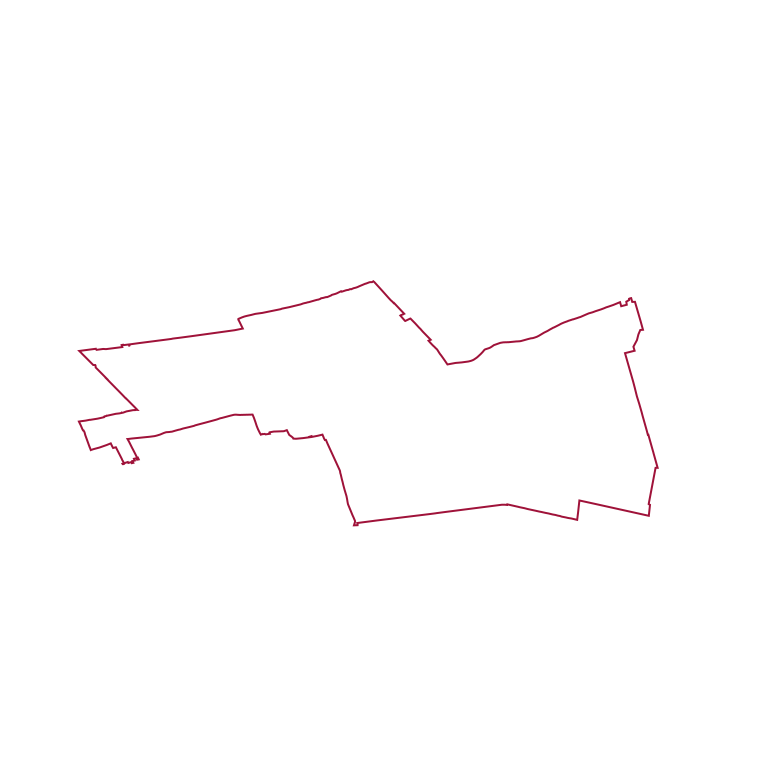 the district of Leidschendam-Voorburg, Zuid-Holland, Netherlands, rotated 22°
{"feature_id": "6326949B15428140131776", "entity_name": "Leidschendam-Voorburg", "entity_type": "district", "adm_level": 2, "iso_a3": "NLD", "parent_name": "Netherlands", "parent_adm1": "Zuid-Holland", "projection": "robinson", "projection_center": [4.405, 52.093], "detail": "fine", "context": "isolated", "style": "outline", "palette": "rose", "viewbox_px": 768, "rotation_deg": 22, "n_neighbors": 0, "source": "geoboundaries", "source_scale": "gbopen_adm2", "svg_char_len": 5861}
<svg xmlns="http://www.w3.org/2000/svg" viewBox="0 0 768 768"><g transform="rotate(22 384 384)"><path d="M409.1,526.3L412.4,524.8L412.1,524.0L411.3,522.9L428.7,513.1L475.4,487.3L480.2,484.6L481.0,484.1L489.3,479.4L538.5,451.8L541.8,450.5L543.5,450.0L543.4,449.4L554.5,447.6L556.0,447.4L560.9,446.5L564.1,446.1L572.1,444.7L575.8,444.1L577.8,443.7L582.0,443.0L585.1,442.4L589.2,441.8L592.0,441.2L594.6,440.9L596.5,440.5L598.5,440.4L602.6,439.6L604.6,439.3L606.0,439.0L608.1,438.5L614.0,437.6L612.1,430.5L608.8,418.8L627.0,415.7L678.9,407.0L675.9,396.4L674.9,396.3L674.4,396.2L667.2,360.0L669.1,359.2L660.3,347.8L659.4,346.6L659.2,346.3L658.7,345.7L654.9,340.8L648.8,332.9L648.1,332.0L647.7,332.3L645.4,329.2L635.5,316.4L633.5,313.7L628.1,306.8L623.1,300.7L617.8,293.4L614.3,288.7L601.5,272.3L595.9,265.1L603.9,259.3L601.3,256.0L602.1,248.5L601.3,242.7L601.4,237.9L603.8,236.7L598.6,229.9L585.9,213.8L583.4,214.9L581.0,211.8L580.2,212.3L579.3,213.2L579.8,214.4L577.8,216.9L579.4,219.6L574.8,223.0L572.2,219.7L567.0,224.8L563.1,228.2L561.3,229.7L559.6,231.4L557.2,233.6L552.9,237.2L550.5,239.4L547.4,241.8L545.0,244.2L540.9,248.4L540.2,248.9L538.4,250.5L536.0,252.5L535.2,253.2L534.6,253.5L534.1,254.0L531.1,256.5L530.8,256.9L528.0,259.4L526.3,261.1L525.0,262.5L524.6,263.1L521.2,267.0L520.3,268.0L519.8,268.4L519.6,268.7L517.3,271.5L515.8,273.5L513.2,276.4L509.5,281.3L508.0,283.0L506.3,284.5L505.3,285.3L504.8,285.7L503.0,286.7L500.3,288.7L498.0,290.5L495.9,292.1L494.7,293.0L493.3,293.8L490.7,295.0L484.0,298.5L479.2,300.6L478.0,301.3L476.4,302.3L471.9,306.3L471.4,306.7L469.7,309.3L468.8,310.5L467.8,311.5L467.2,312.0L464.8,314.0L464.3,314.8L463.4,317.6L462.4,320.1L461.5,322.0L460.7,323.7L460.0,325.0L458.4,327.4L457.7,328.3L456.7,329.3L455.9,330.0L454.0,331.4L453.0,332.0L447.9,334.9L442.4,337.7L435.5,342.1L431.6,339.5L429.3,338.0L426.0,335.9L425.2,335.5L424.1,334.8L420.9,332.5L420.1,332.0L418.5,331.4L416.7,330.6L415.3,330.1L413.9,329.5L411.5,328.4L409.1,327.2L410.3,325.9L410.7,325.5L400.5,321.0L397.9,319.7L397.4,319.4L395.4,318.6L390.2,316.1L384.2,313.5L384.0,313.4L383.8,313.5L380.1,317.6L379.8,317.6L373.5,314.4L374.0,313.7L375.7,312.2L375.9,312.0L376.1,311.6L376.4,311.3L362.9,305.1L362.7,305.4L362.0,305.0L360.1,304.2L359.1,303.9L355.9,302.4L347.8,298.4L336.8,293.1L336.4,293.0L335.8,292.9L335.6,292.8L334.8,294.0L334.6,294.1L333.3,294.6L332.6,295.0L332.3,295.2L330.6,296.8L329.4,297.9L329.1,298.0L326.5,300.6L325.7,301.4L323.9,303.2L323.3,303.9L321.7,305.3L321.0,305.8L319.9,306.6L319.6,306.9L318.5,308.0L318.3,308.3L317.9,308.5L317.1,308.7L315.7,310.1L314.6,310.7L313.6,311.4L310.3,314.2L310.1,314.3L309.6,314.0L309.4,314.1L306.3,317.6L305.1,318.7L302.9,320.4L302.4,320.8L302.1,321.1L301.8,321.7L299.0,324.5L298.5,324.9L297.9,325.0L295.3,327.0L293.5,328.1L293.3,328.6L292.8,329.2L291.3,330.5L290.7,330.8L289.9,331.4L288.2,332.7L283.6,336.3L282.6,336.9L281.5,337.8L280.0,338.8L278.9,339.6L276.9,341.4L267.3,348.3L261.4,352.2L261.0,352.5L260.7,352.8L260.2,353.3L244.5,363.7L239.6,366.5L238.4,367.2L235.0,369.7L231.2,372.3L229.2,373.8L227.2,375.6L225.6,377.2L224.6,378.2L224.8,378.9L226.3,380.1L232.3,385.5L225.5,390.0L187.2,412.0L180.5,415.8L176.8,417.9L171.2,421.0L169.9,421.9L166.2,424.0L141.1,438.1L133.6,442.4L133.6,443.7L133.4,443.9L132.5,443.0L127.8,445.6L127.5,445.3L126.6,445.8L126.1,446.2L127.5,447.8L113.2,455.8L110.5,456.7L104.7,460.0L103.8,459.6L103.6,459.3L89.1,467.5L91.7,468.6L93.4,469.4L93.5,469.4L107.3,475.3L109.2,474.6L109.6,475.0L109.9,475.4L110.1,475.9L110.5,476.7L124.9,482.9L124.7,483.0L137.1,488.4L144.7,491.7L149.8,494.0L149.9,493.9L156.0,496.5L164.6,500.2L165.0,500.4L164.1,500.7L163.2,501.2L163.4,501.2L163.3,501.3L162.6,501.6L161.2,502.2L158.1,504.2L155.6,505.8L153.8,507.4L153.7,507.5L153.2,508.0L151.6,509.1L151.4,509.0L151.3,509.3L149.8,510.3L146.5,512.1L138.9,517.3L138.7,517.3L138.6,517.6L136.9,518.8L136.8,519.0L137.0,519.4L136.9,519.6L134.1,521.6L131.3,523.5L125.0,527.3L124.6,527.4L121.1,529.7L118.3,531.3L118.2,531.3L115.2,533.1L117.7,535.4L118.0,535.6L119.6,537.2L121.1,538.7L122.0,539.5L122.4,539.8L122.8,539.6L124.4,540.9L126.1,543.2L134.7,552.8L134.8,552.8L136.9,555.1L137.2,554.8L137.8,554.3L139.1,553.2L144.0,549.5L149.8,544.4L152.9,541.4L155.3,543.6L156.8,544.8L159.1,543.1L169.0,551.7L169.6,552.4L170.5,553.1L171.0,553.4L171.0,553.5L172.2,554.5L172.3,554.5L172.7,554.9L171.4,555.9L171.8,556.2L172.1,556.1L172.8,555.6L173.2,554.7L173.3,554.3L175.7,552.3L176.5,553.0L178.9,551.1L179.8,551.9L181.1,551.0L179.6,549.7L181.6,548.3L180.2,547.0L182.2,545.6L183.4,546.7L184.8,545.8L183.3,544.4L182.7,544.8L179.3,541.8L175.6,538.6L174.5,537.7L169.2,533.0L166.8,531.1L168.0,530.5L170.1,529.3L186.3,520.8L190.4,518.5L191.2,518.0L192.7,516.9L195.4,514.7L195.6,514.5L198.4,511.7L200.1,510.3L203.0,508.9L204.3,508.1L204.8,507.9L205.4,507.5L208.3,505.2L210.8,503.3L211.9,502.6L214.3,500.6L219.4,497.0L223.5,494.0L224.4,493.1L227.4,490.8L232.9,486.7L241.2,480.4L242.7,479.2L244.8,477.3L245.5,476.8L246.4,476.2L253.7,470.7L256.5,468.7L258.2,467.9L259.2,467.6L261.9,466.7L264.4,465.6L266.0,464.9L273.6,461.6L276.1,464.1L279.0,467.4L281.6,470.5L283.5,472.5L284.2,473.2L287.0,475.7L287.8,476.4L288.0,476.5L288.3,476.7L288.8,477.1L289.5,476.4L289.7,476.1L289.9,476.2L292.2,474.9L292.9,475.1L293.0,475.1L296.8,472.9L295.9,472.0L295.9,471.8L296.1,471.6L299.6,469.4L308.8,465.3L311.2,463.2L315.2,466.7L318.0,467.4L319.6,467.9L320.4,468.6L323.0,467.7L329.2,464.5L335.2,461.1L334.7,460.8L336.4,459.4L337.1,460.0L342.0,456.8L345.9,454.0L347.5,455.6L348.3,456.4L348.6,456.8L350.2,458.1L351.1,457.6L353.9,460.4L375.3,480.6L375.9,481.3L376.8,482.9L377.8,484.1L380.6,488.1L382.2,490.2L384.1,492.9L387.2,497.0L389.6,500.0L391.2,502.0L393.1,504.9L394.3,506.9L394.7,507.5L395.4,508.6L395.7,509.0L400.5,513.9L403.9,517.4L405.6,519.0L408.4,521.8L408.6,522.1L408.8,522.8L409.1,526.3Z" fill="none" stroke="#9f1239" stroke-width="2"/></g></svg>